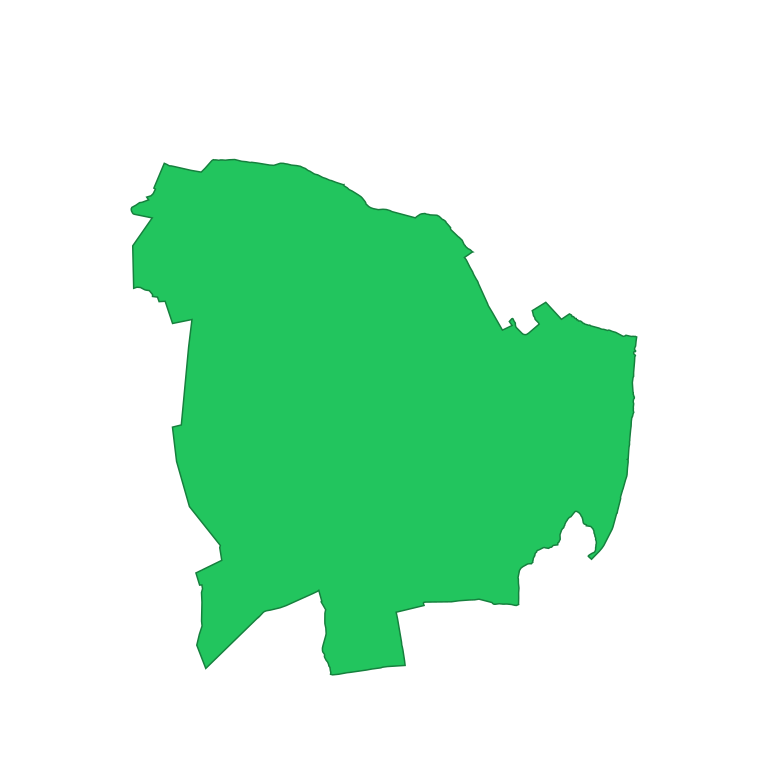 outline of Margineni, Neamt, Romania, rotated 343°
{"feature_id": "2599482B23052951043248", "entity_name": "Margineni", "entity_type": "district", "adm_level": 2, "iso_a3": "ROU", "parent_name": "Romania", "parent_adm1": "Neamt", "projection": "natural_earth1", "projection_center": [26.666, 46.886], "detail": "fine", "context": "isolated", "style": "filled", "palette": "green", "viewbox_px": 768, "rotation_deg": 343, "n_neighbors": 0, "source": "geoboundaries", "source_scale": "gbopen_adm2", "svg_char_len": 6171}
<svg xmlns="http://www.w3.org/2000/svg" viewBox="0 0 768 768"><g transform="rotate(343 384 384)"><path d="M472.5,599.0L473.7,598.1L474.3,597.9L474.4,596.9L474.6,596.4L475.0,596.2L475.6,594.8L476.2,593.9L477.7,592.6L477.8,592.0L478.4,591.7L478.5,591.4L478.5,590.9L478.9,590.4L479.5,589.9L480.9,589.2L481.1,588.6L482.0,588.0L483.9,587.9L488.4,587.1L489.5,587.2L490.5,587.9L493.4,589.3L494.9,588.8L496.3,589.0L496.8,588.9L498.4,587.9L499.3,587.9L503.1,588.6L503.3,588.2L503.7,586.9L504.8,586.5L507.1,584.0L508.2,579.6L511.3,575.4L511.7,575.2L512.5,574.4L512.9,574.4L513.9,573.9L514.5,572.8L515.4,572.1L516.1,570.8L518.0,568.8L519.2,568.0L519.9,567.2L522.3,565.7L523.8,565.6L524.3,565.3L528.1,562.7L529.5,561.8L530.0,561.8L531.1,562.2L531.7,562.8L533.1,564.6L533.8,566.4L534.0,568.0L534.6,569.8L534.4,570.1L534.5,570.9L534.0,575.1L534.4,575.9L534.5,576.4L536.4,577.8L536.0,578.7L540.1,580.7L541.6,583.8L541.5,584.2L541.8,585.8L541.3,587.9L541.5,590.1L541.2,591.0L541.4,592.7L541.3,593.7L540.9,594.5L541.0,596.3L540.9,596.8L540.5,598.5L539.8,599.5L539.1,601.4L538.6,602.2L537.8,604.6L536.5,606.1L535.8,606.4L533.1,606.8L531.2,607.3L529.7,607.8L529.0,608.3L529.0,608.6L531.2,612.3L540.9,607.0L544.6,604.6L547.1,602.6L559.7,589.6L561.2,587.6L568.0,576.8L568.7,575.8L569.3,575.6L570.2,573.7L576.8,562.8L577.0,561.7L577.3,561.0L581.1,555.2L581.9,554.2L586.9,546.4L589.1,543.3L589.9,541.8L592.2,535.7L594.5,530.4L595.1,528.6L595.2,528.1L594.6,527.2L594.9,527.1L595.6,527.1L598.6,519.1L599.9,515.9L601.1,513.7L601.7,511.6L602.2,510.3L602.6,509.7L602.8,508.8L606.5,499.8L608.0,496.5L609.6,492.0L611.3,488.3L611.6,488.3L612.1,487.8L613.7,485.0L614.5,484.3L614.7,482.0L615.3,480.4L615.6,479.1L616.9,476.2L617.1,475.3L617.0,474.3L617.3,473.4L617.9,472.1L618.7,471.1L619.2,470.8L619.6,469.6L619.3,469.3L619.2,468.8L619.5,467.8L619.3,466.8L619.9,465.0L619.8,464.3L621.9,455.3L624.1,450.5L624.9,449.8L626.1,445.9L630.2,435.7L631.9,431.0L632.7,430.5L632.6,429.7L632.0,428.9L631.7,427.9L631.9,427.2L632.2,426.5L632.9,426.2L633.9,426.5L634.2,426.2L634.3,425.7L633.7,424.5L634.0,423.3L634.9,422.1L635.7,421.3L637.6,416.7L639.4,412.9L638.0,411.8L637.2,411.8L636.4,411.3L634.3,410.8L629.6,408.1L628.6,408.5L627.3,408.5L626.6,408.3L620.7,402.4L617.5,400.3L615.5,398.6L614.4,398.1L613.5,398.2L610.2,396.0L608.3,395.3L606.0,393.4L598.5,388.7L598.1,387.9L596.8,387.6L594.5,386.0L593.8,385.6L593.1,385.0L593.1,384.7L592.8,384.4L591.8,383.6L591.4,382.6L590.5,381.4L589.6,380.9L588.6,380.7L588.3,380.4L588.2,379.8L587.9,379.2L587.1,379.0L586.9,378.2L587.0,377.6L585.7,376.9L585.5,376.6L585.4,375.8L584.6,374.8L583.4,374.4L583.4,374.1L583.6,373.5L583.4,372.8L581.8,371.2L572.6,374.0L562.6,353.2L547.2,357.2L547.2,359.1L546.9,362.5L547.4,363.9L547.6,365.0L547.4,365.8L547.5,366.5L549.6,370.6L549.9,372.1L537.3,377.6L535.4,378.2L534.4,378.3L533.5,378.1L532.2,377.5L531.6,377.0L530.8,375.9L527.3,369.2L526.9,368.4L526.8,367.4L526.9,365.9L527.2,365.0L527.4,364.0L526.8,362.2L526.4,359.4L526.1,359.0L525.3,359.0L524.9,359.2L522.1,360.9L523.6,365.5L513.0,367.1L508.5,347.1L506.6,339.5L506.5,337.4L503.7,315.9L503.6,313.4L502.9,310.8L501.9,306.1L501.6,304.0L501.6,303.0L500.3,297.2L499.1,290.1L498.8,288.8L497.9,286.5L506.7,283.7L507.5,283.7L506.8,283.0L506.7,282.5L505.6,280.7L503.9,279.1L502.1,276.1L502.1,275.4L501.4,274.1L500.8,269.4L498.8,265.8L498.1,265.0L493.1,256.0L493.0,255.5L493.1,254.4L493.4,253.9L490.5,247.5L490.6,246.9L490.3,246.2L488.8,244.2L488.1,243.9L485.8,239.9L484.0,238.1L477.4,235.7L476.5,235.0L474.3,234.0L473.0,232.9L469.9,232.3L468.2,232.3L463.9,233.6L462.6,234.3L442.1,221.5L440.4,219.9L437.2,217.8L434.1,216.6L429.5,215.6L425.1,213.2L423.7,212.2L422.7,211.4L421.3,209.9L419.4,206.5L419.5,205.3L419.2,203.9L417.6,199.8L416.7,198.1L414.7,195.6L409.9,190.1L407.5,187.9L406.2,185.6L403.9,183.0L403.7,182.3L404.0,181.6L403.3,181.5L397.0,177.1L393.2,174.1L391.7,173.3L388.5,170.5L385.8,168.6L382.3,165.1L381.4,164.4L379.0,163.0L377.2,161.0L375.4,158.9L373.6,157.4L371.9,155.0L369.6,153.2L367.7,151.4L364.3,149.6L359.5,147.6L355.9,145.4L354.3,144.7L352.4,143.6L349.4,142.6L342.6,142.7L338.7,141.2L327.6,135.7L322.3,133.3L320.7,133.0L317.1,131.1L313.0,129.4L306.9,125.7L301.5,124.3L297.7,123.6L295.0,122.5L293.0,121.9L291.5,121.8L289.2,120.7L287.0,120.0L286.4,119.6L284.8,120.0L284.1,120.4L276.1,125.3L271.8,127.6L271.1,127.9L261.8,123.2L246.8,114.6L244.2,113.2L242.9,112.8L242.2,112.3L240.6,110.6L238.4,108.7L221.2,129.4L222.4,130.8L218.9,134.5L216.2,135.9L211.7,135.9L212.7,139.1L205.7,139.5L203.3,139.1L198.9,140.5L194.5,141.4L193.4,142.7L193.1,144.5L193.5,146.9L194.0,148.0L194.9,148.7L210.9,157.4L184.1,178.4L172.6,219.3L176.0,219.2L179.3,220.5L182.6,223.8L183.8,224.6L186.9,226.1L188.8,230.8L188.2,232.6L192.8,234.7L193.0,239.5L198.9,240.9L199.5,264.3L219.2,266.2L207.9,291.7L178.2,363.9L169.1,363.4L163.0,397.4L162.1,444.4L180.3,490.6L179.1,492.4L177.3,505.2L148.9,509.7L148.9,522.4L151.1,522.9L150.6,526.7L148.5,530.1L146.1,539.5L140.2,557.4L139.3,562.2L134.3,569.3L128.6,579.0L130.4,603.9L195.4,570.4L195.4,570.6L196.5,570.1L201.5,567.2L203.1,566.6L205.4,566.5L209.3,567.0L219.4,567.6L225.6,567.3L255.9,563.4L259.9,562.8L261.3,562.2L261.0,573.5L260.4,573.6L260.2,574.0L262.1,582.2L262.3,582.6L260.5,585.9L258.2,593.1L257.4,596.0L257.0,600.5L255.7,605.8L254.8,607.5L249.1,616.4L247.9,618.5L247.3,620.6L247.1,622.2L248.0,624.9L248.0,625.4L248.0,625.9L247.4,626.8L247.3,628.0L247.9,631.3L248.8,633.5L249.0,635.6L248.9,637.7L249.3,638.7L249.4,639.4L248.9,642.5L248.8,644.3L248.0,646.0L249.8,647.1L255.7,648.3L264.4,649.3L266.9,649.8L283.6,652.4L288.9,653.0L298.0,654.5L299.8,654.4L304.6,655.2L321.9,659.3L322.7,655.0L324.3,644.0L324.6,641.0L324.7,638.8L325.3,635.9L328.3,612.5L328.9,605.8L357.4,607.5L357.6,607.5L357.5,606.0L357.7,604.8L358.3,604.5L359.6,604.6L384.9,612.0L392.3,613.2L402.0,615.4L407.6,616.9L411.9,617.5L423.3,624.5L423.8,625.7L424.4,626.4L424.9,626.8L426.2,627.2L429.9,627.8L433.7,629.4L437.1,630.3L441.4,632.1L444.4,633.9L445.9,634.5L448.3,634.2L448.4,633.5L450.2,628.1L451.7,623.0L453.4,618.6L454.3,613.9L455.5,609.7L455.5,608.5L459.0,602.0L461.0,600.2L463.3,599.3L468.7,598.1L470.2,598.3L472.5,599.0Z" fill="#22c55e" stroke="#15803d" stroke-width="1.5"/></g></svg>